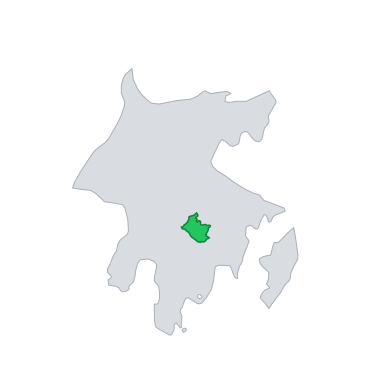 Tartar District, Tərtər, Azerbaijan shown in context, rotated 248°
{"feature_id": "54616110B79809370995070", "entity_name": "Tartar District", "entity_type": "district", "adm_level": 2, "iso_a3": "AZE", "parent_name": "Azerbaijan", "parent_adm1": "Tərtər", "projection": "equal_earth", "projection_center": [46.824, 40.278], "detail": "fine", "context": "in_parent", "style": "filled", "palette": "green", "viewbox_px": 384, "rotation_deg": 248, "n_neighbors": 0, "source": "geoboundaries", "source_scale": "gbopen_adm2", "svg_char_len": 5174}
<svg xmlns="http://www.w3.org/2000/svg" viewBox="0 0 384 384"><g transform="rotate(248 192 192)"><path d="M256.9,301.7L255.5,301.6L245.4,304.1L243.3,303.3L234.5,291.9L232.7,290.7L229.0,290.1L226.8,288.3L225.0,285.2L224.0,283.0L215.0,276.8L213.7,274.5L213.5,272.6L214.8,270.8L216.3,269.3L220.6,267.7L225.7,266.4L227.3,265.5L228.2,263.8L228.1,261.2L227.2,258.6L219.9,253.9L219.1,251.9L218.8,249.4L219.2,246.8L220.4,244.8L226.3,242.1L229.5,239.2L227.5,236.0L221.0,228.8L213.3,220.8L208.3,220.8L202.4,223.1L193.1,229.9L187.9,232.8L181.1,237.6L173.8,243.0L167.7,248.7L164.0,253.4L157.3,255.4L153.9,259.4L142.6,271.3L139.4,271.1L139.3,265.2L139.4,260.6L138.7,257.9L135.1,254.2L135.0,252.6L136.0,251.6L138.8,252.2L142.4,252.0L144.1,250.6L140.3,245.7L136.9,242.5L134.0,240.3L133.3,239.0L133.3,238.1L134.0,237.0L138.9,234.3L139.4,231.9L139.1,229.1L131.2,225.1L125.4,226.6L120.1,222.1L116.7,218.6L112.5,214.9L108.8,212.8L105.2,208.1L99.0,203.3L95.0,201.9L95.0,201.2L95.8,200.3L97.5,199.6L108.6,199.8L110.0,198.9L110.7,196.8L112.2,193.8L114.0,189.3L113.9,185.5L102.7,179.3L94.6,173.7L89.1,166.3L85.3,159.6L85.4,157.3L86.6,155.1L95.3,148.9L95.9,147.3L95.7,146.2L92.6,143.0L88.7,139.8L87.5,137.4L85.1,136.1L80.5,136.1L72.4,132.0L70.6,131.6L70.3,130.8L70.7,130.0L76.5,128.4L76.4,127.1L74.7,125.3L71.4,124.0L68.4,120.8L67.4,117.9L77.9,109.5L81.0,107.8L87.9,109.4L102.1,115.0L101.1,118.0L102.5,119.8L105.8,122.2L112.1,124.6L117.4,125.8L120.1,124.7L124.1,123.8L129.4,126.6L134.3,130.1L136.8,131.5L138.1,132.0L141.8,130.8L146.3,126.3L148.0,120.8L148.5,118.2L145.9,114.6L140.6,110.6L134.6,107.2L130.7,104.2L128.3,98.2L125.8,97.5L125.2,96.7L124.8,94.7L124.9,91.8L125.8,89.6L128.2,88.7L130.6,88.3L132.9,86.2L135.6,82.1L136.8,79.9L142.0,81.2L142.7,84.8L143.6,85.6L145.8,85.2L149.4,83.6L152.3,84.8L156.0,89.2L161.0,93.8L163.8,96.9L164.9,99.1L167.5,101.2L171.3,103.6L174.4,107.5L177.1,116.4L179.8,118.5L189.7,121.9L193.2,122.6L202.8,123.8L206.2,122.9L211.2,115.2L215.6,107.3L219.8,105.6L227.3,101.8L231.8,98.2L233.7,94.3L237.9,86.9L240.5,82.8L244.9,86.5L252.7,96.4L263.9,112.6L266.7,117.2L268.5,122.6L270.1,129.1L272.7,134.8L284.1,149.2L289.0,154.6L297.0,161.5L299.8,163.0L303.5,163.5L310.3,163.5L316.6,166.2L319.7,168.1L323.0,170.8L325.9,174.0L328.9,182.5L318.0,179.7L307.0,180.2L300.9,182.0L294.9,184.5L289.2,188.0L285.7,194.9L282.8,210.8L278.6,225.7L278.8,232.6L280.8,239.3L280.6,242.4L278.6,243.8L276.1,246.6L272.8,260.3L271.2,263.1L269.0,264.8L268.4,263.2L268.5,259.6L263.6,256.4L261.1,259.9L259.4,267.5L256.0,275.5L255.8,277.0L256.9,301.7ZM93.9,161.0L94.4,158.9L93.0,157.9L91.6,157.9L90.3,158.9L90.3,161.6L92.0,162.0L93.9,161.0ZM57.4,223.0L55.8,220.8L55.1,219.6L59.9,218.6L68.0,215.6L70.2,217.0L72.5,220.0L73.7,222.6L73.9,227.4L74.8,228.1L78.8,226.5L80.5,228.5L83.5,230.8L88.8,233.1L96.3,229.5L100.1,228.6L103.2,228.6L104.9,229.8L105.4,233.5L104.8,238.0L103.9,240.6L105.5,242.4L111.7,246.8L114.2,249.3L113.0,253.5L117.6,263.9L119.1,268.0L120.9,273.0L111.4,271.0L94.4,266.8L89.7,264.6L85.3,258.8L82.6,256.0L78.7,252.4L75.5,251.1L73.1,248.6L71.8,244.9L69.8,241.6L66.3,237.6L58.5,224.4L57.4,223.0ZM68.3,134.7L67.3,135.4L65.7,134.7L65.2,133.1L65.3,131.4L66.9,131.0L68.2,131.5L68.6,133.0L68.3,134.7Z" fill="#d9dde1" stroke="#a8b0b8" stroke-width="1"/><path d="M163.4,169.0L162.7,169.0L162.0,169.1L161.8,169.4L161.0,169.7L160.7,170.4L160.3,171.0L159.9,171.5L159.1,171.8L158.6,172.0L158.0,172.3L157.5,172.6L156.6,173.1L156.5,173.3L156.2,173.8L155.5,173.9L155.0,174.0L154.3,174.1L153.3,174.2L152.6,174.2L152.0,174.1L151.4,174.4L151.0,174.6L150.5,174.8L149.8,175.2L149.2,175.5L148.7,175.9L148.2,176.3L147.5,176.6L146.9,177.0L146.4,177.4L145.6,177.6L145.1,177.9L144.3,178.2L143.8,178.6L143.5,179.1L143.1,179.5L142.8,180.4L142.2,180.8L142.5,181.2L142.4,181.8L142.2,182.3L141.9,183.0L141.6,183.4L141.4,183.9L141.3,184.7L141.4,185.2L141.5,186.0L141.7,186.5L142.1,186.9L142.4,187.4L142.7,187.8L142.8,188.3L142.8,189.0L142.8,189.6L142.8,190.6L143.0,190.8L143.7,190.4L144.2,190.2L144.6,189.9L145.2,189.5L145.5,189.1L146.0,188.6L146.4,188.5L147.1,188.7L147.3,189.5L147.5,189.7L148.0,189.8L148.3,190.1L149.0,190.6L149.1,191.0L149.5,191.6L149.8,191.9L150.3,192.4L150.8,192.9L151.4,193.1L151.7,193.3L152.5,193.6L152.6,193.9L152.8,194.6L152.8,195.1L153.0,195.7L153.6,196.1L153.8,196.3L154.0,196.3L154.3,196.2L154.6,195.8L154.8,195.2L155.0,194.5L155.3,193.5L155.8,193.1L156.5,192.6L156.8,192.4L157.0,191.8L157.2,191.1L157.4,190.5L157.4,189.6L157.6,188.8L158.0,188.3L158.7,187.9L159.5,188.0L160.0,188.4L160.8,188.8L161.7,188.7L162.4,188.4L162.6,188.2L162.8,187.8L162.8,187.5L162.5,186.6L162.3,186.0L162.4,185.4L162.8,185.1L163.2,185.2L163.9,185.6L164.2,186.2L165.0,186.5L165.5,186.1L166.1,185.8L166.9,185.8L167.2,186.5L167.2,187.1L167.4,188.1L168.0,188.6L169.1,188.8L169.6,188.6L170.4,188.6L170.9,188.4L170.6,187.9L170.4,186.8L169.8,185.6L169.8,184.3L169.9,183.4L170.0,182.4L170.2,181.7L170.2,180.7L170.1,180.0L169.8,179.6L169.1,179.4L168.2,179.2L167.5,178.6L167.1,177.9L166.7,177.5L166.2,177.0L165.6,176.3L165.4,175.5L165.3,175.1L164.6,174.1L164.6,173.1L164.5,172.5L164.3,172.4L164.0,172.2L163.8,171.7L163.3,170.8L163.3,170.1L163.3,169.3L163.4,169.0Z" fill="#22c55e" stroke="#15803d" stroke-width="1.5"/></g></svg>